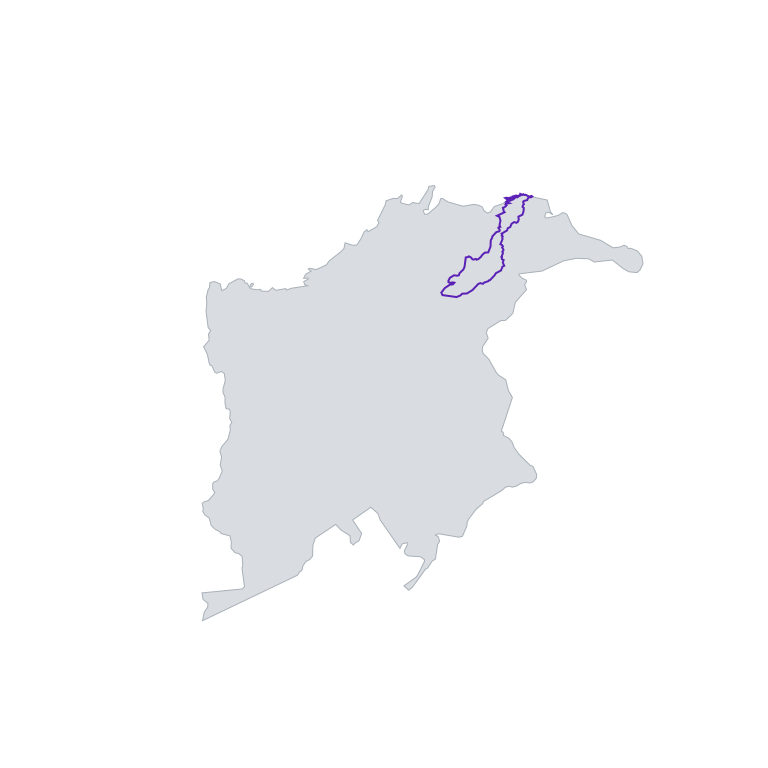 Bolívar on a map of Colombia (Robinson projection), rotated 55°
{"feature_id": "COL-1413", "entity_name": "Bolívar", "entity_type": "Department", "adm_level": 1, "iso_a3": "COL", "parent_name": "Colombia", "parent_adm1": "", "projection": "robinson", "projection_center": [-74.836, 8.903], "detail": "medium", "context": "in_parent", "style": "outline", "palette": "violet", "viewbox_px": 768, "rotation_deg": 55, "n_neighbors": 0, "source": "natural_earth", "source_scale": "10m", "svg_char_len": 5629}
<svg xmlns="http://www.w3.org/2000/svg" viewBox="0 0 768 768"><g transform="rotate(55 384 384)"><path d="M432.5,119.1L426.0,122.1L413.4,125.8L404.7,141.8L398.8,144.6L391.5,154.1L386.2,165.9L382.1,189.8L371.3,210.1L372.2,211.0L376.5,210.1L380.5,207.9L382.0,208.6L383.5,212.1L388.4,213.0L392.4,229.5L399.9,237.8L400.6,241.1L401.6,247.9L399.0,252.0L398.2,267.1L400.6,270.8L406.2,272.4L409.9,281.7L412.2,283.9L415.7,285.3L423.8,283.9L438.6,285.4L442.1,285.2L450.4,281.9L460.9,285.9L468.7,286.6L489.9,314.9L492.0,314.1L494.7,315.7L500.0,312.8L504.6,312.3L510.6,313.8L518.6,313.8L534.6,310.9L537.0,309.2L545.8,310.9L548.4,313.0L549.7,318.2L548.6,321.5L545.6,324.8L543.9,329.0L543.6,334.2L542.1,338.0L539.3,340.4L538.2,344.0L538.8,348.7L537.3,370.1L538.6,371.8L539.5,380.6L543.2,392.0L545.0,395.2L548.1,397.9L553.8,407.3L552.5,410.5L538.0,425.1L537.3,428.5L540.1,427.2L544.6,428.5L546.1,432.0L556.9,442.3L556.7,446.2L559.8,453.9L559.3,455.6L566.8,477.5L567.0,482.1L560.8,483.4L560.6,468.7L559.7,465.7L552.6,452.7L551.2,451.6L546.5,453.1L538.7,462.8L535.1,464.2L532.1,462.8L529.2,457.1L527.3,456.0L525.4,460.9L527.8,465.2L493.4,465.1L486.6,463.3L477.4,465.5L477.4,487.7L493.6,488.0L498.1,494.4L497.7,499.5L498.4,501.4L494.5,502.4L488.8,498.9L478.7,503.1L471.3,504.1L470.8,528.6L475.3,534.7L484.0,541.2L485.2,545.6L484.6,549.9L486.7,555.1L489.5,557.9L489.5,561.1L491.0,564.6L473.8,668.4L467.7,662.0L465.6,656.3L462.6,654.0L456.8,655.8L450.7,652.9L470.6,617.7L470.0,614.5L453.3,605.9L451.6,603.7L443.7,599.1L439.3,600.4L436.8,602.8L430.8,603.5L425.9,599.7L420.1,597.3L413.1,603.2L411.0,603.2L406.0,605.7L400.7,606.7L393.8,604.1L388.2,605.9L384.3,605.5L382.8,603.7L377.8,601.6L377.3,599.2L378.7,594.8L376.6,586.3L375.8,584.8L372.0,584.7L367.5,581.6L366.7,579.8L367.6,576.3L366.8,573.3L362.5,566.4L356.5,564.7L350.7,558.9L345.0,557.0L342.3,552.9L339.8,543.6L333.8,536.5L329.6,534.0L328.2,530.7L323.9,530.3L318.1,525.6L315.5,525.3L313.7,527.5L308.3,525.1L303.6,521.7L298.8,520.8L295.7,518.7L290.1,512.0L284.0,508.8L280.4,510.0L279.2,514.9L277.2,515.8L270.1,514.5L269.0,515.6L267.1,515.4L258.5,511.7L250.0,510.4L247.9,502.1L242.4,499.1L240.8,495.2L237.0,495.7L222.4,488.1L216.4,482.9L211.3,480.0L206.0,474.2L205.1,471.8L201.0,468.4L203.0,464.0L208.0,460.8L214.5,463.3L215.3,458.2L212.9,453.7L214.1,443.4L215.8,441.1L219.3,439.1L221.6,439.9L223.0,438.2L228.3,438.9L229.9,438.2L233.9,434.1L235.7,430.8L237.5,431.1L241.8,425.6L241.1,420.1L245.2,418.9L249.5,409.8L251.3,409.6L252.3,405.3L259.7,390.3L257.0,392.0L254.1,391.0L254.6,386.0L253.7,385.4L251.3,389.2L249.2,385.3L249.7,378.9L246.4,380.1L246.5,378.6L251.4,373.8L253.4,362.7L251.8,358.7L250.8,342.2L250.0,339.0L246.0,334.9L252.3,330.2L254.6,326.6L251.7,319.3L248.0,313.1L247.9,309.4L250.1,309.7L251.0,299.5L248.9,295.6L246.3,295.5L238.0,280.3L235.1,277.2L237.3,269.9L239.8,266.7L239.3,261.1L240.9,261.4L244.5,266.5L246.0,265.7L251.6,260.9L251.8,256.4L256.3,251.8L250.0,236.3L247.8,233.9L250.4,228.9L251.9,229.1L254.3,234.0L258.3,237.2L264.1,245.9L266.6,247.8L264.8,249.7L264.4,251.8L265.3,252.9L268.6,253.2L269.9,250.8L269.0,240.3L267.6,235.0L264.6,231.3L265.6,229.7L271.5,227.2L283.9,217.1L288.2,207.7L291.4,204.3L295.1,202.0L299.6,202.6L303.1,201.4L304.2,198.4L301.9,191.8L304.5,182.9L304.4,178.3L306.1,175.6L305.5,174.6L301.0,177.7L305.7,171.4L308.9,161.8L326.9,144.8L338.6,148.9L342.3,148.6L337.5,150.7L336.8,153.2L338.5,155.8L340.2,156.5L341.8,154.9L345.7,144.9L346.2,139.4L348.0,137.6L350.5,136.9L361.9,139.2L372.8,138.4L390.5,124.2L403.9,118.2L407.1,112.3L408.0,107.9L410.4,106.2L413.0,106.3L414.5,103.8L420.6,100.1L427.2,99.6L434.1,102.9L437.4,108.8L437.9,112.8L432.5,119.1ZM228.5,437.1L227.6,437.9L226.1,436.5L225.6,434.8L226.5,433.5L227.7,434.0L228.5,437.1Z" fill="#d9dde1" stroke="#a8b0b8" stroke-width="1"/><path d="M304.8,179.5L304.6,178.2L306.0,176.2L306.4,174.4L303.0,177.4L301.2,178.0L301.6,176.9L303.3,175.3L303.8,173.4L304.5,173.5L304.5,172.3L304.8,173.0L306.8,171.7L306.6,169.3L306.1,169.4L305.7,168.3L304.9,169.0L305.3,167.8L307.2,166.0L306.6,167.9L307.5,167.8L307.6,165.5L307.0,165.3L307.1,163.8L306.5,163.3L308.4,162.1L308.4,161.1L309.6,160.7L310.2,159.4L314.4,157.4L314.4,159.6L315.5,161.2L314.3,164.5L314.7,165.7L317.0,166.3L317.0,167.0L318.3,168.9L320.0,168.5L322.8,170.9L324.7,173.5L324.0,177.9L326.7,179.4L328.0,181.4L327.9,183.1L326.2,184.3L325.9,185.5L326.0,187.8L327.8,190.5L327.4,193.3L328.8,195.2L328.3,201.4L329.2,201.3L330.0,202.5L331.2,202.1L332.0,203.3L333.2,203.7L336.3,208.5L337.9,207.6L339.4,207.6L339.9,209.0L341.7,208.9L342.9,209.4L343.4,211.1L345.1,211.5L346.4,213.6L348.0,214.8L347.7,215.1L349.6,215.8L351.0,214.9L352.8,217.1L356.1,217.7L355.8,219.7L358.1,223.0L357.4,228.9L358.4,231.1L359.7,237.6L359.3,238.6L359.6,239.6L358.4,243.6L358.7,245.4L356.6,247.3L356.1,249.3L357.8,257.6L357.4,264.2L354.9,268.1L355.3,270.6L354.4,274.7L344.7,285.1L342.0,284.6L340.3,279.2L340.4,273.3L341.9,270.2L341.4,268.3L340.2,269.4L338.9,272.0L337.6,272.8L336.4,272.0L334.8,269.1L335.1,264.3L337.3,261.9L337.9,260.3L336.6,258.7L335.7,253.3L334.3,250.9L327.2,244.4L328.2,242.3L328.1,241.3L330.1,240.2L332.6,240.0L333.6,239.0L334.2,237.0L335.3,236.8L335.8,235.1L335.4,231.4L334.7,230.0L334.2,226.1L336.0,223.1L332.5,217.9L327.5,214.1L326.4,211.7L325.3,210.7L324.0,204.9L325.1,201.8L324.0,200.7L321.7,200.8L321.4,200.3L322.0,198.6L320.2,198.3L316.8,194.8L313.3,193.6L311.0,194.9L312.5,186.7L311.0,186.8L307.9,185.5L308.3,183.8L308.0,181.3L306.5,181.5L306.2,181.0L307.7,177.7L304.8,179.5ZM315.4,156.6L314.8,157.1L314.2,156.7L314.3,155.5L315.4,155.0L315.4,156.6ZM304.6,171.7L305.0,169.7L306.2,170.7L304.6,171.7Z" fill="none" stroke="#5b21b6" stroke-width="2"/></g></svg>